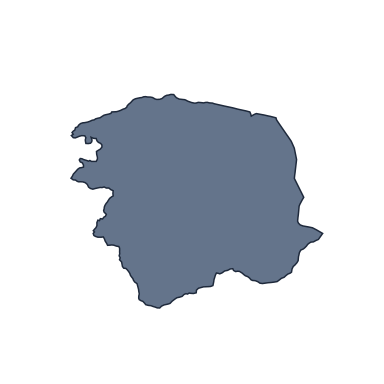 Itaporã, Mato Grosso do Sul, Brazil (orthographic projection), rotated 227°
{"feature_id": "56859067B98177520560726", "entity_name": "Itaporã", "entity_type": "district", "adm_level": 2, "iso_a3": "BRA", "parent_name": "Brazil", "parent_adm1": "Mato Grosso do Sul", "projection": "orthographic", "projection_center": [-54.839, -22.004], "detail": "fine", "context": "isolated", "style": "filled", "palette": "slate", "viewbox_px": 384, "rotation_deg": 227, "n_neighbors": 0, "source": "geoboundaries", "source_scale": "gbopen_adm2", "svg_char_len": 4213}
<svg xmlns="http://www.w3.org/2000/svg" viewBox="0 0 384 384"><g transform="rotate(227 192 192)"><path d="M317.5,146.7L317.3,144.8L315.2,144.5L315.6,142.3L312.7,142.2L311.2,143.5L310.5,145.2L309.7,147.4L308.5,149.7L307.4,150.8L306.2,151.9L304.1,151.4L302.9,149.5L301.4,148.4L299.9,147.5L298.2,149.1L296.9,151.0L297.1,152.9L298.2,154.3L300.8,155.5L298.2,156.7L296.5,158.4L294.2,157.4L292.1,157.4L289.9,158.3L287.9,158.2L286.3,156.8L285.9,154.2L286.3,152.4L286.8,149.8L284.6,148.0L281.9,146.5L280.6,145.3L279.7,142.8L281.6,140.8L283.0,139.3L284.7,138.8L285.2,137.3L286.7,136.6L289.6,134.9L291.4,134.2L292.7,133.1L292.3,131.4L290.2,130.8L288.1,131.7L285.7,131.0L284.2,129.6L285.0,128.1L286.3,126.2L286.6,123.8L286.4,122.2L286.2,120.0L286.0,117.4L285.1,115.2L284.6,112.9L281.9,113.4L280.1,115.0L278.2,115.3L276.8,116.0L275.5,117.5L273.8,119.1L271.6,120.3L268.9,120.6L266.1,119.7L263.9,120.1L261.7,121.4L260.4,123.9L259.1,126.1L258.0,127.9L256.6,129.2L255.6,131.2L253.4,132.0L251.6,133.9L249.2,134.2L246.7,135.2L244.8,133.1L242.9,131.7L243.3,129.8L243.5,127.4L242.9,124.9L242.4,123.2L242.2,121.4L241.6,119.3L240.8,117.6L239.7,116.4L238.8,114.8L237.3,114.0L234.1,114.1L233.3,112.2L233.7,110.5L233.3,108.2L235.0,106.8L234.2,104.8L235.6,104.0L234.5,101.6L232.3,99.6L231.4,97.5L231.3,95.6L231.0,93.4L229.3,93.4L229.1,91.5L227.1,90.6L225.4,91.1L223.2,92.3L221.0,94.6L219.6,96.5L217.5,96.0L215.2,95.0L212.9,94.6L210.6,93.9L209.1,95.7L208.1,97.1L206.5,98.5L204.0,99.8L202.0,101.3L200.4,100.8L199.0,99.6L197.5,98.1L196.2,97.1L195.0,95.2L192.8,94.6L191.9,92.8L188.9,92.8L186.8,91.5L184.9,90.3L182.8,90.1L181.2,91.5L179.4,91.6L177.0,91.4L174.9,91.0L172.9,90.1L171.4,89.9L169.0,89.7L167.3,89.0L165.3,88.7L162.5,89.3L160.0,88.0L157.4,86.6L155.3,85.1L153.5,84.0L152.2,82.1L150.7,80.6L149.3,80.0L147.2,80.6L145.5,81.5L142.7,81.5L141.2,81.3L138.9,82.7L136.8,84.5L134.9,85.4L132.9,86.6L131.0,87.5L129.2,89.3L129.3,91.8L128.5,94.5L127.0,97.0L126.2,98.4L125.5,100.0L125.7,103.0L125.4,106.1L125.0,108.8L123.5,111.3L122.4,113.6L122.5,116.3L121.8,118.2L120.4,119.1L120.0,121.0L118.7,122.0L116.8,123.8L115.4,126.3L117.2,128.4L117.2,131.1L116.0,133.4L114.8,135.7L113.1,137.7L111.4,139.7L110.2,141.2L109.3,143.5L111.5,146.6L112.9,148.3L113.9,150.1L115.2,152.3L116.1,154.6L114.7,155.7L113.2,156.5L112.3,159.0L112.0,162.0L110.4,164.6L109.6,167.5L108.1,169.5L106.3,168.9L104.1,169.6L102.9,171.4L101.5,172.6L98.4,173.4L96.1,173.6L94.3,173.9L92.2,175.0L89.9,175.4L87.6,175.3L86.1,175.9L84.0,177.8L81.4,179.0L79.0,179.5L77.0,181.1L75.7,183.0L73.8,185.7L71.9,188.1L70.1,190.6L68.4,193.2L68.1,195.9L67.9,198.5L66.8,201.2L66.8,203.8L66.6,206.1L65.7,208.4L65.5,210.1L67.5,212.7L68.5,215.3L68.4,217.3L68.7,220.4L69.4,222.8L72.1,225.8L73.0,227.2L74.3,229.0L74.9,230.5L75.3,232.1L74.4,234.6L74.3,236.5L74.4,238.9L74.8,240.8L74.7,242.5L74.3,244.7L72.7,246.8L72.0,249.6L71.1,252.1L72.6,259.3L79.5,257.2L83.7,255.7L87.1,253.3L91.5,250.0L94.1,248.7L96.6,248.6L98.6,249.3L101.1,252.1L103.0,254.4L106.9,258.8L108.6,260.7L109.4,262.4L111.0,267.0L111.9,270.1L132.1,276.1L134.2,278.5L136.0,280.7L144.4,290.6L154.3,296.7L160.0,298.7L161.6,299.2L167.4,300.1L169.0,300.3L183.2,302.4L187.0,303.0L189.0,304.0L194.0,300.8L195.8,299.5L199.2,297.2L205.5,292.5L206.2,290.7L207.1,287.1L208.9,288.1L211.1,288.9L214.6,286.7L221.2,282.1L225.8,279.2L232.5,274.5L241.3,268.5L243.1,267.6L245.3,265.5L247.2,264.3L248.4,262.8L249.2,261.3L251.1,259.7L253.3,257.7L254.3,255.6L255.3,254.4L256.6,253.5L257.9,252.6L259.9,251.6L261.4,250.8L263.0,250.3L264.4,249.7L265.9,248.4L268.7,246.0L271.6,244.9L273.4,244.9L275.7,245.1L277.8,243.1L278.9,240.9L280.0,239.4L280.7,237.1L280.8,233.9L281.8,231.6L283.7,229.4L285.1,228.5L288.0,227.6L289.8,226.3L291.8,224.3L293.5,223.0L294.7,221.4L295.3,219.7L296.3,218.4L297.7,216.1L298.8,214.2L299.5,211.9L299.4,210.2L299.2,208.0L299.4,205.5L299.2,203.4L298.5,202.0L298.7,200.0L299.6,198.1L300.4,195.4L301.3,193.3L302.2,191.6L303.6,189.9L305.3,187.9L304.8,186.3L305.8,184.2L307.3,181.7L308.2,180.0L308.6,177.9L309.0,175.4L310.1,173.6L311.2,171.5L311.5,169.6L312.6,167.9L313.3,165.7L314.4,163.2L316.0,160.7L317.1,159.3L318.1,157.1L318.2,154.5L317.6,152.9L318.5,150.7L317.2,148.5L317.5,146.7Z" fill="#64748b" stroke="#1e293b" stroke-width="1.5"/></g></svg>